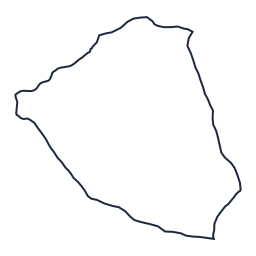 Radi, Tashigang, Bhutan
{"feature_id": "84629894B49132822130738", "entity_name": "Radi", "entity_type": "district", "adm_level": 2, "iso_a3": "BTN", "parent_name": "Bhutan", "parent_adm1": "Tashigang", "projection": "robinson", "projection_center": [91.705, 27.357], "detail": "fine", "context": "isolated", "style": "outline", "palette": "slate", "viewbox_px": 256, "rotation_deg": 0, "n_neighbors": 0, "source": "geoboundaries", "source_scale": "gbopen_adm2", "svg_char_len": 1786}
<svg xmlns="http://www.w3.org/2000/svg" viewBox="0 0 256 256"><path d="M15.4,94.7L15.5,96.4L17.3,102.2L16.6,109.6L16.2,113.4L16.7,115.0L17.8,115.4L21.0,118.1L23.7,119.1L25.6,118.7L27.7,118.6L29.7,119.6L34.4,122.9L37.7,127.8L41.5,132.9L45.9,139.1L48.4,143.9L50.4,147.4L51.3,148.7L53.6,151.6L57.7,157.9L62.0,162.5L63.1,164.1L65.4,167.5L68.4,170.5L70.8,173.5L73.4,177.7L77.9,181.9L81.6,186.3L84.4,190.0L87.9,196.1L91.4,198.7L96.9,199.9L104.5,203.5L113.1,206.1L118.9,207.2L125.2,211.2L130.4,216.8L132.4,218.4L134.5,220.1L139.7,221.7L145.0,223.0L149.6,224.0L157.9,226.3L165.1,231.5L172.3,231.8L175.3,232.3L180.9,233.3L185.8,235.6L193.0,236.6L199.6,236.9L209.0,238.2L213.8,238.9L213.1,236.7L213.4,233.4L214.2,230.1L214.3,226.7L214.3,225.6L214.5,223.4L215.9,220.2L217.2,217.0L219.9,213.2L221.9,210.6L225.1,206.5L228.2,204.2L231.3,200.4L233.8,197.4L236.5,193.7L238.7,191.7L240.1,190.9L240.6,189.8L240.0,183.0L237.6,175.6L234.7,168.1L231.0,162.9L224.9,157.6L221.3,152.5L219.8,145.8L218.3,139.0L216.4,131.4L213.2,124.5L212.6,118.1L213.0,110.6L210.1,105.0L207.8,99.1L204.9,93.8L203.0,87.0L200.6,80.5L198.4,73.4L195.5,67.7L193.5,60.9L190.7,52.9L187.4,45.9L188.8,38.1L192.6,31.8L187.5,29.1L184.2,28.7L177.6,26.5L171.6,27.1L163.5,27.1L157.6,25.8L154.3,24.1L152.7,21.4L146.9,17.1L140.3,17.6L133.4,18.6L127.5,21.8L120.8,27.8L111.8,32.3L105.1,33.6L99.3,35.3L96.8,42.3L92.2,47.2L91.7,48.5L90.5,49.1L90.0,51.7L87.9,52.8L86.8,53.7L85.4,54.7L82.6,57.2L81.4,58.0L78.9,59.6L74.7,63.3L71.4,65.5L68.6,66.4L63.1,67.3L61.3,67.5L58.0,68.5L56.3,69.8L55.4,70.5L53.2,71.9L52.1,73.2L51.9,74.4L50.1,78.9L49.1,80.1L48.0,80.8L42.7,82.3L40.5,83.3L39.0,84.9L36.7,88.3L35.0,89.8L33.1,90.6L31.2,91.1L25.9,90.9L23.8,90.7L21.9,91.0L20.4,91.3L18.7,92.4L17.5,93.1L15.4,94.7Z" fill="none" stroke="#1e293b" stroke-width="2"/></svg>